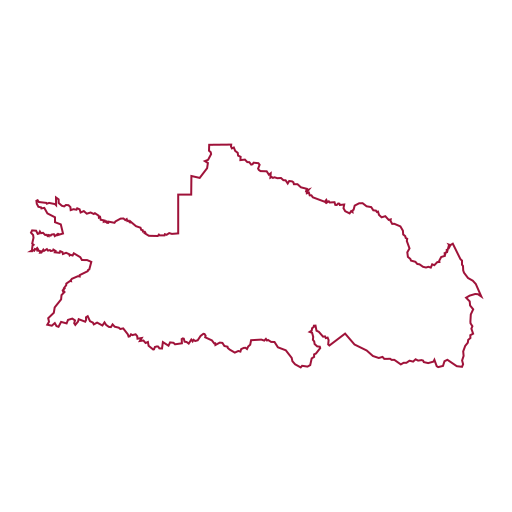 the district of San Miguel de Los Bancos, Pichincha, Ecuador
{"feature_id": "8360857B83571898768339", "entity_name": "San Miguel de Los Bancos", "entity_type": "district", "adm_level": 2, "iso_a3": "ECU", "parent_name": "Ecuador", "parent_adm1": "Pichincha", "projection": "robinson", "projection_center": [-78.969, -0.02], "detail": "fine", "context": "isolated", "style": "outline", "palette": "rose", "viewbox_px": 512, "rotation_deg": 0, "n_neighbors": 0, "source": "geoboundaries", "source_scale": "gbopen_adm2", "svg_char_len": 5978}
<svg xmlns="http://www.w3.org/2000/svg" viewBox="0 0 512 512"><path d="M56.0,197.5L56.1,205.2L55.0,204.1L49.1,202.9L46.8,203.7L46.3,202.9L38.8,202.0L37.6,200.2L36.4,200.8L36.8,203.8L38.4,206.8L41.1,207.4L41.4,208.4L44.3,207.9L47.4,213.4L55.0,217.3L55.0,222.2L60.8,224.4L63.0,233.5L58.3,234.9L58.7,234.1L58.0,233.8L54.8,236.1L53.9,234.2L51.5,234.6L50.7,235.6L49.1,235.1L48.8,236.0L48.0,235.2L47.5,235.9L46.4,234.8L45.2,235.0L43.0,232.8L41.0,233.2L39.9,231.5L38.9,233.6L37.7,233.9L36.1,230.7L32.1,230.4L31.0,232.7L33.1,235.0L33.5,237.7L32.2,243.6L33.6,244.8L32.5,245.6L31.9,250.5L30.7,251.2L32.1,251.2L32.5,249.9L34.2,250.7L34.9,249.0L36.0,249.4L37.2,248.0L38.2,249.5L37.6,250.6L40.5,251.2L40.0,252.7L41.4,252.6L43.3,249.7L44.0,250.9L46.9,249.1L48.0,250.6L49.9,250.1L50.8,251.0L53.0,250.6L53.4,249.6L55.6,251.0L54.9,252.3L59.6,252.8L60.2,251.2L62.5,252.2L62.9,254.0L66.1,252.8L69.2,254.2L69.6,255.4L70.4,254.8L72.6,255.5L73.8,253.3L80.3,257.2L81.9,260.0L87.2,260.1L91.3,261.9L89.3,269.4L88.1,270.0L87.7,271.2L79.7,275.1L79.7,276.5L77.9,276.2L71.9,278.8L70.8,280.2L71.0,281.1L70.2,280.9L66.3,283.6L66.2,285.2L64.0,288.1L64.5,288.5L62.7,290.4L63.1,291.5L63.7,291.0L64.5,292.0L61.5,295.1L61.1,299.4L54.7,307.4L53.8,312.8L48.2,318.2L49.0,321.8L47.3,324.7L51.8,325.7L54.8,323.1L56.5,326.1L58.5,326.8L61.1,321.9L66.6,323.4L68.0,319.9L72.3,318.6L75.0,320.4L74.2,323.2L75.3,324.9L78.0,321.6L78.7,319.2L85.2,321.7L86.1,319.9L86.0,317.3L87.7,316.2L90.0,321.2L92.9,322.6L93.8,324.4L97.1,322.6L102.4,325.5L104.5,322.4L106.1,324.9L108.9,326.9L110.9,327.1L112.6,324.4L114.7,326.7L118.8,327.7L120.3,329.0L123.2,328.4L127.8,334.3L128.6,336.6L129.8,336.3L131.0,334.3L132.4,335.1L135.6,334.3L137.2,336.2L137.5,338.7L141.7,338.0L139.9,341.0L143.4,340.5L145.6,343.0L147.9,342.0L148.6,345.8L153.2,349.5L154.0,349.3L154.9,347.0L157.0,346.4L158.2,346.6L159.4,348.4L162.0,348.5L162.9,342.1L168.5,345.7L170.1,342.4L173.5,342.8L175.0,344.3L181.9,343.3L181.7,339.1L182.8,338.4L183.8,338.7L184.6,341.7L186.6,342.0L188.7,343.6L191.3,339.6L192.6,341.4L193.5,339.8L195.2,341.0L197.7,340.3L200.6,335.9L203.4,333.8L204.5,334.0L205.6,335.7L205.2,337.3L211.9,340.4L214.2,343.4L215.2,343.3L215.4,345.0L219.8,342.6L222.4,342.9L224.4,346.0L227.5,346.7L227.8,348.0L229.7,349.6L234.8,352.6L238.3,351.0L240.4,351.6L241.2,349.1L243.8,347.9L245.5,347.8L247.0,349.0L248.2,346.5L250.2,344.7L251.1,340.2L261.3,339.6L264.3,340.6L265.9,338.9L267.0,340.5L268.1,340.0L271.1,341.9L274.5,342.0L277.9,347.3L285.8,350.3L291.7,357.9L292.4,361.2L295.1,364.3L300.7,367.4L302.1,365.8L307.5,366.6L310.2,365.1L311.7,358.4L314.1,356.9L314.1,354.4L316.0,353.5L320.2,348.1L319.8,346.7L317.2,346.4L314.6,344.0L314.2,341.4L312.9,339.8L313.2,336.9L312.1,332.8L309.7,331.9L311.7,330.6L312.1,328.2L313.7,327.0L313.9,325.7L315.5,325.6L316.5,330.7L318.8,331.8L323.1,336.7L325.0,336.4L325.8,338.1L327.6,337.6L328.6,340.1L328.2,344.4L329.4,345.5L345.1,333.6L354.5,344.5L366.7,350.5L372.9,356.0L378.8,358.0L382.5,356.9L384.3,358.9L390.2,358.8L391.6,359.9L394.4,359.9L400.8,364.4L403.6,362.8L406.4,362.8L409.5,360.7L413.1,361.6L415.6,359.3L418.1,360.6L421.5,360.1L423.1,360.6L423.8,362.1L428.2,363.1L433.5,361.6L434.4,359.8L436.7,366.2L438.2,367.1L443.0,365.9L444.5,361.2L447.4,359.8L456.8,366.2L462.0,366.8L463.1,364.2L462.1,360.5L463.6,355.9L463.2,351.4L465.2,345.9L467.8,342.7L468.2,339.9L470.4,338.0L470.3,335.2L473.1,333.7L471.4,328.7L472.4,326.2L470.5,323.3L470.4,321.5L470.8,314.4L473.2,309.3L470.1,305.5L469.7,301.4L466.1,297.7L469.7,295.6L475.2,294.0L477.9,294.2L481.3,296.5L475.8,284.0L472.8,280.7L468.0,278.0L464.0,272.7L463.2,270.4L463.0,266.0L462.0,264.7L462.0,260.6L460.4,259.1L452.8,243.7L450.4,245.1L448.9,244.6L449.9,246.1L449.1,247.6L448.5,246.8L447.5,250.5L446.7,249.1L446.8,252.2L445.7,252.5L445.3,253.9L444.6,252.3L444.8,255.9L441.2,257.0L439.2,260.8L439.4,262.0L437.3,262.1L434.3,265.2L432.2,264.3L430.8,267.6L428.4,266.8L426.0,267.5L423.0,266.8L419.5,264.3L417.3,264.0L415.4,261.8L411.0,260.6L410.3,258.9L407.9,256.9L407.3,252.3L409.5,248.4L406.8,241.0L407.2,238.8L405.7,238.0L405.2,236.1L403.2,234.5L402.9,230.7L400.4,226.4L394.3,223.8L392.2,223.9L390.5,220.9L390.7,219.4L388.7,219.9L385.3,216.2L381.6,217.3L379.0,214.9L378.0,211.6L376.9,212.0L375.9,210.6L373.3,210.3L371.2,207.1L366.6,206.3L362.6,203.2L359.1,203.3L354.7,205.6L353.6,209.7L352.4,210.6L352.5,212.1L351.1,211.2L349.6,213.4L345.2,211.2L343.5,208.2L344.2,204.5L339.8,205.0L339.4,203.7L338.2,203.5L336.7,205.0L335.3,204.9L334.5,202.2L329.7,202.5L328.8,201.3L326.2,203.0L325.8,202.6L326.8,201.0L326.3,199.9L324.8,201.8L312.8,197.3L311.4,195.3L309.7,195.3L308.9,192.6L306.8,193.3L306.7,192.2L308.8,189.6L306.3,190.6L306.8,188.8L300.9,187.3L297.5,184.2L293.9,184.2L293.4,182.3L292.1,181.4L289.2,181.0L287.7,183.5L285.6,180.3L283.4,180.2L281.0,178.0L277.4,178.2L274.5,177.3L272.9,177.9L271.7,177.0L270.4,177.7L270.7,173.3L268.9,174.7L266.7,171.3L260.5,171.1L258.8,169.9L258.1,168.6L259.6,164.8L258.4,163.2L253.6,162.7L252.5,164.3L251.2,164.6L249.3,162.2L247.3,162.1L244.9,159.6L240.4,160.1L240.6,156.8L238.1,155.6L237.7,152.8L235.2,150.9L233.8,147.5L231.9,148.4L231.0,146.5L231.2,144.6L209.2,144.8L209.0,150.7L210.7,152.2L211.1,154.1L208.1,159.8L204.9,161.1L207.9,163.0L207.1,168.2L199.7,177.9L191.4,176.0L191.2,194.6L178.2,194.6L178.2,233.4L171.9,233.9L169.2,233.1L166.6,234.8L164.9,234.2L164.5,235.4L159.7,235.4L158.9,234.6L157.8,236.0L148.9,235.8L144.7,233.2L145.3,232.5L144.8,231.8L142.9,231.6L142.7,230.2L141.2,229.8L140.5,227.7L136.0,226.2L130.1,221.2L129.8,222.2L128.1,220.7L127.3,221.0L126.7,219.1L125.3,220.1L123.5,218.5L120.6,218.6L115.5,221.4L114.5,222.8L108.3,221.6L108.2,222.9L107.1,222.9L106.2,221.4L105.3,221.9L104.9,220.9L103.7,221.6L103.7,220.3L100.7,219.8L100.1,217.0L98.9,217.6L98.7,215.7L94.9,213.2L93.8,214.0L90.6,212.5L86.8,213.7L83.8,211.1L80.6,212.5L79.6,209.3L77.2,208.3L76.5,209.7L73.5,209.2L70.7,210.1L70.4,207.1L68.5,205.2L65.9,205.0L64.2,206.4L61.9,205.8L58.7,203.0L58.6,199.4L56.0,197.5Z" fill="none" stroke="#9f1239" stroke-width="2"/></svg>